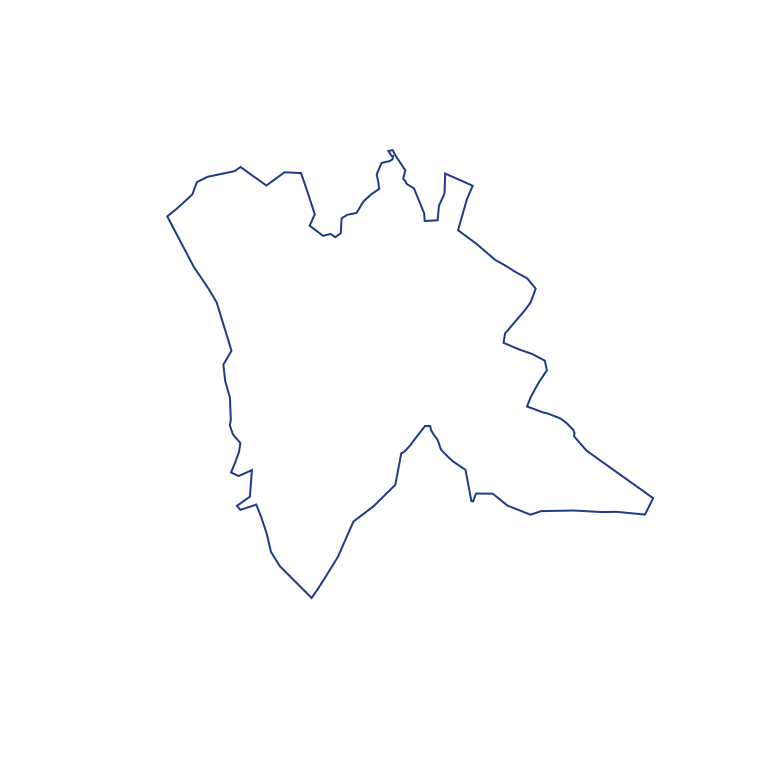 Nganzai, Borno, Nigeria, rotated 316°
{"feature_id": "59680162B84828583281462", "entity_name": "Nganzai", "entity_type": "district", "adm_level": 2, "iso_a3": "NGA", "parent_name": "Nigeria", "parent_adm1": "Borno", "projection": "albers", "projection_center": [13.181, 12.442], "detail": "fine", "context": "isolated", "style": "outline", "palette": "blue", "viewbox_px": 768, "rotation_deg": 316, "n_neighbors": 0, "source": "geoboundaries", "source_scale": "gbopen_adm2", "svg_char_len": 1918}
<svg xmlns="http://www.w3.org/2000/svg" viewBox="0 0 768 768"><g transform="rotate(316 384 384)"><path d="M585.5,303.0L574.2,275.1L559.9,289.0L547.3,294.0L536.3,303.5L526.5,295.0L531.4,289.2L541.5,263.9L539.4,256.4L539.7,254.1L540.4,253.1L540.3,249.8L547.8,245.0L549.8,234.0L551.1,227.0L552.7,221.7L549.0,219.4L547.9,225.1L548.8,226.2L546.2,228.3L542.7,227.5L535.8,223.3L528.4,226.4L524.3,228.2L520.1,234.9L516.1,240.3L505.9,238.6L495.6,238.5L483.1,241.9L475.0,236.7L468.6,235.4L457.6,245.5L451.0,244.6L449.7,238.9L443.1,235.1L440.5,218.5L447.7,215.6L452.0,213.9L454.6,208.7L459.3,199.1L470.9,174.7L459.5,162.6L437.3,159.5L434.3,143.6L431.5,128.2L424.4,127.1L401.0,112.4L389.5,108.8L377.9,114.5L368.2,114.3L355.7,113.9L344.5,112.9L328.5,167.8L323.9,193.9L320.3,209.1L297.4,254.1L281.9,258.5L271.8,271.6L263.7,286.8L248.6,303.7L247.8,304.2L247.1,304.7L244.4,306.6L240.3,315.3L239.6,326.8L234.7,330.5L232.4,332.2L222.5,337.0L212.5,341.4L215.5,349.2L229.2,354.2L209.2,371.9L193.6,369.5L193.3,374.8L208.3,382.0L203.8,393.2L195.7,410.1L186.1,426.2L182.5,442.8L183.3,487.6L193.2,485.7L207.4,482.3L230.9,476.3L247.1,469.6L266.6,461.7L291.6,464.7L307.8,464.5L322.1,464.4L348.2,445.9L352.0,446.9L360.7,446.3L368.1,445.0L384.4,442.7L388.0,446.4L386.0,449.5L385.0,452.8L383.7,461.5L379.4,470.8L379.4,480.0L379.9,487.9L383.0,502.4L373.8,516.4L365.5,528.9L366.5,530.3L374.1,526.7L386.0,538.4L388.4,557.3L398.6,579.8L408.7,584.6L432.5,606.7L451.6,627.3L462.6,637.6L481.0,659.2L498.3,653.1L483.4,572.9L484.4,553.4L486.9,551.8L488.3,548.5L488.2,545.4L488.2,539.1L487.0,531.4L481.2,518.8L478.8,515.2L476.3,510.0L474.2,505.5L471.2,499.5L481.4,495.0L496.7,490.3L510.7,487.3L515.9,479.0L511.4,465.4L504.9,452.4L498.6,437.4L506.3,431.7L536.6,428.8L546.3,427.1L559.3,420.8L560.4,407.6L556.1,393.7L553.7,383.6L550.2,372.1L547.9,347.8L544.1,324.8L554.2,319.0L571.8,308.8L585.5,303.0Z" fill="none" stroke="#1e3a8a" stroke-width="2"/></g></svg>